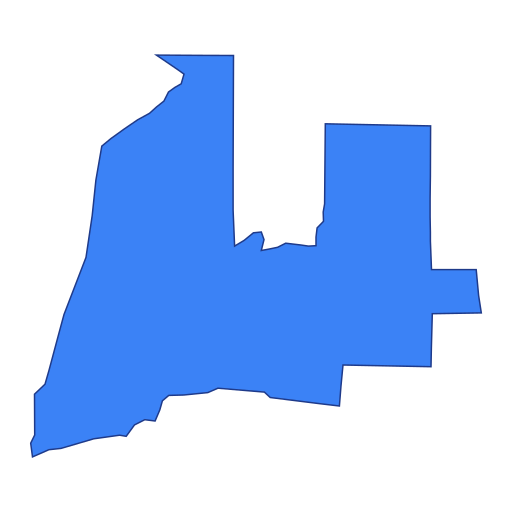 Teutônia, Rio Grande do Sul, Brazil (Robinson projection)
{"feature_id": "56859067B69463927018614", "entity_name": "Teutônia", "entity_type": "district", "adm_level": 2, "iso_a3": "BRA", "parent_name": "Brazil", "parent_adm1": "Rio Grande do Sul", "projection": "robinson", "projection_center": [-51.779, -29.465], "detail": "fine", "context": "isolated", "style": "filled", "palette": "blue", "viewbox_px": 512, "rotation_deg": 0, "n_neighbors": 0, "source": "geoboundaries", "source_scale": "gbopen_adm2", "svg_char_len": 1106}
<svg xmlns="http://www.w3.org/2000/svg" viewBox="0 0 512 512"><path d="M430.6,125.9L325.3,123.8L324.6,203.9L323.2,212.0L323.5,221.3L317.1,227.9L316.0,237.1L316.0,245.7L308.4,246.1L300.9,245.0L285.7,243.2L277.6,247.3L268.4,249.2L261.3,250.5L264.0,239.6L261.3,232.0L253.4,232.8L244.1,240.4L234.6,246.1L233.1,210.1L233.1,201.1L233.1,167.5L233.5,55.5L205.2,55.4L156.4,55.1L177.7,69.6L184.0,74.1L181.2,83.8L174.9,87.4L168.5,92.0L163.9,101.1L156.7,106.8L149.5,113.3L137.8,119.7L124.2,129.0L111.0,138.5L101.8,146.1L95.9,180.1L92.2,215.6L86.0,257.4L64.0,314.5L58.4,335.2L48.9,370.7L45.0,384.2L34.5,394.2L34.7,435.0L30.7,443.2L32.5,456.9L48.9,449.7L61.0,448.4L93.7,438.8L119.6,435.2L126.2,436.3L134.5,424.9L144.8,419.7L155.1,421.0L159.8,409.9L162.4,400.8L168.8,395.4L183.7,395.0L207.8,392.6L217.9,388.2L264.4,392.1L270.2,397.5L319.1,403.6L339.4,406.0L341.0,385.8L343.0,365.0L410.4,366.3L431.0,366.7L431.4,346.9L432.3,313.7L481.3,312.9L478.6,295.4L476.2,269.6L431.5,269.6L430.4,241.2L430.4,232.3L430.1,217.0L430.1,198.3L430.4,176.0L430.5,147.6L430.6,125.9Z" fill="#3b82f6" stroke="#1e3a8a" stroke-width="1.5"/></svg>